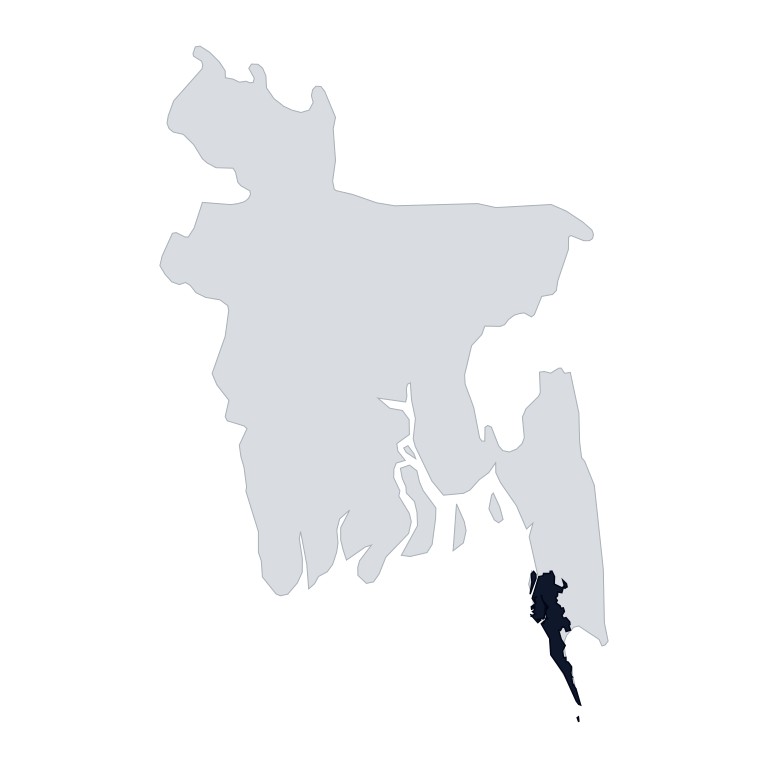 Cox's Bazar, Chittagong, Bangladesh shown in context
{"feature_id": "16705992B34517682786426", "entity_name": "Cox's Bazar", "entity_type": "district", "adm_level": 2, "iso_a3": "BGD", "parent_name": "Bangladesh", "parent_adm1": "Chittagong", "projection": "robinson", "projection_center": [92.099, 21.257], "detail": "medium", "context": "in_parent", "style": "filled", "palette": "ink", "viewbox_px": 768, "rotation_deg": 0, "n_neighbors": 0, "source": "geoboundaries", "source_scale": "gbopen_adm2", "svg_char_len": 5557}
<svg xmlns="http://www.w3.org/2000/svg" viewBox="0 0 768 768"><path d="M258.4,552.1L258.4,531.6L245.9,491.2L246.6,486.8L244.0,467.3L240.9,456.6L239.3,445.1L247.0,428.6L244.0,425.9L227.2,420.8L225.2,416.6L228.9,400.3L216.9,384.9L212.1,373.5L225.2,336.4L228.7,310.6L227.7,305.6L219.9,299.8L205.9,297.5L196.0,292.7L190.3,285.4L185.4,282.5L179.4,284.6L171.7,281.8L165.2,274.5L159.9,265.7L162.1,256.1L172.4,233.3L176.2,232.6L185.0,237.0L188.3,237.0L194.1,228.0L202.4,202.4L230.7,204.6L237.4,203.7L244.5,201.7L248.4,198.5L250.5,194.4L249.8,190.8L241.2,186.0L237.9,182.4L235.5,172.1L233.0,168.2L216.0,167.7L207.2,163.0L202.4,158.8L193.8,144.8L183.3,134.4L173.1,132.0L169.1,128.6L167.0,123.3L168.3,115.6L173.7,100.8L202.0,68.9L202.7,65.3L201.7,61.3L193.5,56.1L193.0,53.6L195.3,46.9L200.0,46.1L209.6,52.2L219.4,62.0L225.2,70.8L225.4,77.7L233.0,79.1L239.4,82.2L246.0,81.2L250.3,82.9L253.2,82.3L254.3,78.3L248.8,68.3L251.5,64.1L258.0,64.3L262.6,68.1L265.9,75.8L266.5,87.8L274.0,98.7L283.9,106.4L291.6,110.0L301.0,112.5L309.1,110.1L313.2,102.5L311.4,95.7L312.7,89.6L315.9,86.3L320.9,86.5L324.7,91.3L335.5,117.3L333.2,128.8L335.5,160.4L332.6,181.2L334.3,189.2L336.1,190.6L352.7,194.5L376.6,202.8L394.9,205.8L477.8,203.6L495.9,207.6L551.2,204.5L566.3,211.1L582.7,222.0L591.9,230.0L593.5,234.6L592.5,238.5L589.4,240.7L583.8,240.7L570.8,235.5L568.6,237.1L568.4,249.5L557.8,280.8L556.3,290.6L552.6,294.4L541.7,296.4L534.4,314.6L531.4,316.9L524.2,312.9L519.8,313.5L514.2,315.2L508.6,319.4L504.7,324.6L500.3,326.4L484.8,326.1L481.8,334.5L471.6,345.6L464.6,375.0L465.1,384.0L473.7,407.4L479.6,437.9L481.9,441.0L484.8,441.2L485.0,427.3L487.8,425.5L491.4,427.1L498.7,445.9L502.8,450.6L509.3,452.0L516.6,449.1L522.1,443.6L524.3,437.7L522.4,417.2L525.9,408.9L538.5,396.4L540.3,392.6L539.5,372.1L544.3,371.5L550.7,373.1L558.7,368.2L561.2,368.1L564.6,373.3L570.3,372.4L578.9,413.1L579.6,441.8L581.6,457.7L584.7,461.3L594.3,485.2L603.3,569.4L604.4,622.9L608.1,641.1L605.0,645.1L601.9,645.9L599.1,639.5L578.7,626.0L573.7,627.3L566.7,635.2L563.9,642.5L565.1,652.8L567.3,662.9L572.2,668.7L572.6,675.1L578.0,699.2L576.5,699.3L565.4,677.4L551.8,655.9L547.4,617.3L547.1,598.3L537.9,575.9L529.2,536.8L533.0,523.1L526.5,529.0L516.4,505.6L500.5,482.7L495.8,472.6L495.7,462.7L488.8,472.6L479.4,479.6L469.9,490.1L463.6,493.3L443.5,495.2L431.9,481.1L415.4,446.8L413.2,439.0L415.4,418.8L411.5,399.7L410.4,382.8L407.4,384.3L406.3,389.0L406.9,396.1L405.7,402.0L377.8,398.1L389.7,408.2L402.4,410.5L409.1,419.6L409.4,434.5L396.8,443.6L397.9,451.2L405.2,460.4L396.3,463.0L393.9,469.1L393.7,477.7L399.9,490.9L398.8,496.1L409.3,513.4L411.3,521.7L408.6,533.5L385.8,557.2L379.1,574.0L373.5,581.9L366.4,583.4L357.9,575.4L357.8,567.2L359.6,560.7L371.5,545.0L365.1,547.1L346.5,560.1L343.0,549.5L340.7,539.8L340.7,527.8L349.7,510.0L339.6,518.9L336.8,530.0L338.0,543.1L336.6,552.4L332.6,564.5L327.2,571.8L318.5,576.5L314.6,583.7L308.7,588.9L306.8,564.5L300.6,531.5L299.3,538.6L302.4,559.1L302.2,572.3L297.4,582.9L287.7,594.2L280.4,595.8L276.1,594.0L262.4,577.0L261.3,561.0L258.4,552.1ZM427.0,552.6L410.0,556.5L401.3,555.3L417.5,525.7L417.0,512.4L414.5,501.6L406.3,492.9L405.9,486.7L402.2,478.2L400.4,468.3L409.5,465.1L416.9,470.8L419.5,482.0L423.1,490.5L435.9,507.9L435.6,518.5L432.1,544.6L427.0,552.6ZM463.4,542.9L453.1,550.8L456.5,503.9L464.2,521.4L466.1,530.7L463.4,542.9ZM503.1,519.5L498.6,522.8L494.3,519.9L488.9,508.9L491.6,495.0L493.3,493.0L499.8,507.2L503.1,519.5ZM541.4,618.2L535.5,618.8L532.6,615.4L533.9,610.8L532.4,595.6L539.9,594.1L542.6,606.8L541.4,618.2ZM534.9,575.8L530.5,590.9L528.7,584.2L531.8,570.9L534.9,575.8ZM413.9,453.8L415.7,458.7L406.2,452.4L403.7,448.0L407.9,445.7L413.9,453.8Z" fill="#d9dde1" stroke="#a8b0b8" stroke-width="1"/><path d="M554.5,576.6L551.9,571.2L550.2,571.3L549.9,573.5L543.6,573.5L543.0,575.8L538.8,576.7L532.2,598.4L534.8,602.5L535.4,601.8L534.4,599.5L534.5,598.1L535.2,597.3L537.1,596.7L534.6,598.4L535.8,602.8L533.5,606.2L533.5,608.7L534.9,606.0L534.1,610.8L532.6,611.6L535.6,614.0L531.7,615.7L537.8,622.6L540.2,620.5L538.4,620.3L536.9,618.9L540.4,620.1L540.3,618.8L544.1,618.1L545.6,606.4L542.5,600.0L541.1,595.4L541.2,594.8L542.7,600.0L546.1,604.3L547.2,606.4L547.3,607.2L547.1,607.8L548.1,607.2L547.4,605.3L548.3,607.1L545.6,611.2L546.4,617.0L548.3,619.4L546.5,617.4L543.4,623.9L543.4,621.8L541.3,623.8L549.7,638.5L550.8,654.8L563.8,673.3L576.3,701.1L578.7,704.3L580.6,705.0L575.9,688.7L572.8,684.8L570.9,672.8L571.6,666.8L568.2,662.1L565.9,661.6L565.8,657.4L563.5,657.6L562.6,650.7L565.2,645.5L561.2,639.3L558.7,630.4L560.4,630.5L562.4,626.9L564.7,627.5L566.1,631.5L570.5,630.1L568.8,625.2L570.0,624.6L569.7,621.9L566.0,617.6L563.4,618.3L561.9,615.4L564.4,611.4L563.3,607.9L560.8,608.3L560.1,605.8L556.0,602.9L557.3,600.4L555.4,597.9L557.5,595.9L557.7,591.9L561.8,592.7L563.6,586.5L564.0,586.5L564.0,587.7L564.8,588.2L567.1,586.9L566.4,583.7L562.8,580.2L565.0,587.9L564.2,587.7L564.1,586.5L563.8,586.2L562.6,587.6L562.5,588.1L554.2,584.1L554.5,576.6ZM533.7,571.4L531.3,574.0L531.9,582.1L530.1,594.2L536.0,578.4L535.9,574.4L533.7,571.4ZM531.7,609.9L533.2,605.3L531.3,606.7L531.7,609.9ZM578.4,716.9L577.2,717.7L578.7,721.9L578.8,720.7L578.4,716.9ZM574.4,686.5L573.7,684.7L573.0,684.0L573.2,685.0L574.4,686.5ZM546.8,607.7L547.2,606.5L546.4,605.2L546.8,607.7ZM545.5,607.7L546.2,607.8L546.0,607.0L545.5,607.7ZM530.5,615.2L530.9,614.8L530.7,614.7L530.5,615.2ZM572.1,677.0L572.4,677.0L572.1,676.4L572.1,677.0ZM543.1,619.0L543.6,618.6L543.0,618.7L543.1,619.0ZM531.3,616.3L531.7,616.3L531.4,615.9L531.3,616.3Z" fill="#0f172a" stroke="#020617" stroke-width="1.5"/></svg>